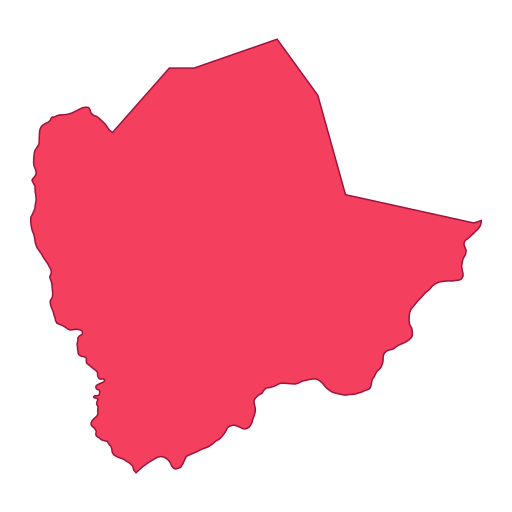 Concepcion del Norte, Santa Bárbara, Honduras
{"feature_id": "27666195B83533862193287", "entity_name": "Concepcion del Norte", "entity_type": "district", "adm_level": 2, "iso_a3": "HND", "parent_name": "Honduras", "parent_adm1": "Santa Bárbara", "projection": "mercator", "projection_center": [-88.152, 15.199], "detail": "fine", "context": "isolated", "style": "filled", "palette": "rose", "viewbox_px": 512, "rotation_deg": 0, "n_neighbors": 0, "source": "geoboundaries", "source_scale": "gbopen_adm2", "svg_char_len": 5922}
<svg xmlns="http://www.w3.org/2000/svg" viewBox="0 0 512 512"><path d="M481.3,220.5L473.8,223.0L345.5,194.7L317.8,95.3L277.1,39.2L193.9,68.1L169.3,68.1L112.6,132.4L111.9,132.0L110.9,131.3L109.0,129.7L106.6,126.1L105.1,124.0L103.1,122.0L100.1,119.2L98.2,117.6L97.0,116.7L96.5,116.4L94.8,115.8L94.0,115.4L92.7,114.6L91.7,113.8L91.2,113.3L90.9,112.6L90.7,112.2L90.5,111.3L90.3,110.5L90.0,109.7L89.7,109.2L88.7,107.7L88.4,107.5L87.9,107.4L86.7,107.2L85.3,107.2L83.8,107.5L82.5,107.8L81.4,108.2L75.5,111.2L72.0,112.9L70.6,113.4L69.3,113.8L67.3,114.3L64.7,114.7L61.9,114.9L59.7,114.9L59.2,115.0L58.0,115.4L56.7,115.8L55.1,116.7L54.2,117.1L53.6,117.2L52.7,117.0L52.2,117.1L51.7,117.5L51.2,118.1L50.9,118.7L50.6,119.6L50.4,120.1L50.0,120.6L49.3,121.3L48.0,122.3L47.4,122.6L45.3,123.6L44.1,124.3L42.8,125.1L42.3,125.6L41.6,126.3L41.0,127.1L40.6,128.0L40.3,128.7L40.0,129.6L39.7,130.5L39.6,131.4L39.4,134.5L39.1,142.2L39.0,143.3L38.8,144.2L38.6,144.7L34.9,150.7L34.7,151.2L34.5,152.0L34.2,154.0L33.9,156.5L33.7,159.4L33.6,162.3L33.7,163.9L34.0,165.7L34.2,166.4L35.2,168.8L35.7,170.3L36.2,172.4L36.2,173.3L36.0,174.3L35.5,175.3L34.4,176.9L32.8,178.7L32.3,179.5L32.0,180.4L34.1,184.6L35.1,186.2L35.0,188.7L35.2,191.8L35.7,194.7L36.1,198.2L36.0,201.3L35.2,205.1L34.9,208.3L34.1,210.5L32.3,214.5L30.8,217.3L30.7,220.4L30.9,223.2L31.3,226.4L31.9,229.2L32.5,231.2L33.4,233.4L34.1,235.5L34.6,238.1L35.0,240.8L35.5,243.6L36.4,246.2L37.5,248.4L41.3,253.7L43.8,258.0L47.8,263.8L50.6,269.1L51.4,271.6L51.2,273.1L50.8,274.4L50.0,275.9L49.7,277.3L51.6,282.4L51.9,284.7L52.7,294.1L52.4,297.1L51.4,299.0L50.2,300.9L50.3,303.5L51.3,307.3L53.1,311.6L54.2,315.7L55.3,318.9L55.5,320.5L57.0,323.3L58.4,323.8L62.6,325.6L65.0,327.0L67.8,329.0L70.2,330.0L76.9,329.2L80.5,330.0L81.9,330.9L82.5,332.3L82.2,334.3L79.2,336.1L77.9,337.8L77.9,339.6L77.7,341.2L77.0,344.5L77.4,346.1L77.6,349.5L78.1,351.8L78.1,353.3L78.8,354.5L79.4,355.1L81.1,356.1L82.6,356.5L83.5,356.6L85.8,357.4L86.3,358.2L86.3,362.2L87.1,363.6L88.6,364.7L92.8,368.2L95.2,370.0L96.6,371.2L97.6,372.8L97.5,374.9L98.1,377.1L99.4,378.8L100.9,379.2L102.8,378.9L103.5,379.0L104.1,379.3L104.6,380.6L103.7,381.9L102.8,382.4L101.5,382.8L99.2,383.9L97.2,384.9L96.1,385.9L95.8,387.7L96.6,389.0L98.1,389.6L99.3,390.2L99.7,391.5L99.6,392.8L99.6,393.6L98.7,395.3L96.8,395.7L94.6,395.8L93.6,396.8L94.1,397.7L95.0,398.0L96.7,398.4L97.1,398.6L98.0,399.0L97.6,400.4L96.9,401.9L96.6,404.2L98.0,406.5L98.1,407.8L97.8,408.8L97.6,410.9L98.1,412.5L97.4,415.3L96.3,416.6L94.3,418.3L92.5,420.2L91.1,423.0L91.1,424.7L92.1,426.2L94.6,428.4L96.3,431.2L96.1,432.8L95.8,433.5L96.2,435.8L97.9,437.1L99.2,437.9L101.5,439.8L104.6,440.8L107.0,441.2L108.1,442.6L108.8,444.0L109.4,444.9L111.0,446.3L112.0,450.1L112.1,451.8L112.8,453.4L114.3,455.3L117.6,457.0L121.1,458.3L123.7,459.3L127.2,461.7L129.3,462.8L132.7,466.1L133.4,468.5L133.6,470.0L136.0,472.8L140.6,468.6L142.9,466.6L145.1,465.0L148.1,462.8L153.1,459.7L155.9,458.1L157.2,457.4L157.9,457.1L158.7,456.9L159.8,456.7L160.8,456.6L161.9,456.7L162.7,456.8L163.7,457.1L165.3,457.9L166.1,458.4L167.3,459.3L168.2,460.0L168.8,460.6L169.8,462.0L170.5,463.1L171.3,465.2L172.1,466.6L173.2,467.9L174.0,468.5L174.7,468.7L175.1,468.9L175.6,468.9L176.0,468.9L176.8,468.7L177.8,468.4L179.7,467.7L180.3,467.5L180.8,467.1L181.5,466.0L182.2,464.9L183.3,462.9L185.3,458.4L186.3,456.5L186.5,456.3L188.1,455.5L196.4,451.9L201.9,449.2L203.4,448.6L206.0,447.7L207.7,447.0L209.1,446.2L210.9,445.1L212.9,443.6L214.9,441.8L215.9,441.1L216.9,440.4L218.9,439.4L219.5,438.9L220.6,437.9L221.7,436.7L222.6,435.7L224.7,432.9L226.3,430.2L227.1,428.4L227.5,427.8L227.9,427.3L228.6,426.9L229.7,426.3L231.5,425.6L233.0,425.2L233.8,425.2L234.6,425.3L235.3,425.4L237.5,426.2L238.8,426.7L240.2,427.3L241.8,428.2L242.3,428.4L242.9,428.6L243.5,428.8L244.6,428.9L245.6,428.8L247.0,428.4L248.1,427.9L249.1,427.1L249.8,426.3L250.8,424.8L251.5,423.6L252.1,422.2L253.0,418.7L253.5,417.3L254.3,415.3L254.6,414.1L254.9,413.2L255.3,410.8L255.3,409.0L255.2,407.6L254.4,404.4L254.0,402.1L254.0,401.4L254.0,400.9L254.2,400.4L254.4,399.8L254.8,399.1L255.5,398.1L256.2,397.3L256.9,396.6L258.2,395.5L259.8,394.4L261.6,393.5L262.3,393.0L262.6,392.5L263.0,391.4L263.4,390.8L265.9,388.3L266.2,388.1L266.5,387.9L267.2,387.8L268.2,387.8L269.3,387.6L270.8,387.3L273.6,386.4L275.5,385.7L276.4,385.2L278.3,384.2L279.1,383.8L280.0,383.5L280.9,383.3L282.1,383.2L283.4,383.2L291.4,383.8L294.2,384.0L295.2,384.0L296.5,383.7L298.0,383.2L299.4,382.6L301.5,381.5L303.0,381.0L307.2,380.0L309.5,379.5L313.0,379.0L314.5,378.9L316.0,379.0L317.1,379.3L318.2,379.8L319.3,380.5L320.8,381.7L322.4,383.2L323.7,384.6L325.3,386.7L326.9,388.3L328.3,389.4L329.5,390.4L330.5,391.0L332.1,392.0L332.8,392.3L333.8,392.7L335.4,393.1L337.9,393.7L341.1,394.3L343.8,395.0L344.9,395.1L345.9,395.1L347.3,394.9L348.8,394.5L349.5,394.6L350.5,394.4L352.9,394.4L354.5,394.1L355.6,393.9L359.0,392.9L361.8,392.0L362.6,391.7L364.3,390.8L368.0,389.5L369.0,389.0L369.5,388.7L369.8,388.4L370.1,388.0L370.5,387.1L371.0,385.5L372.0,380.5L372.2,379.8L372.7,378.8L373.1,378.1L373.8,377.3L374.1,376.8L375.3,374.3L376.8,371.6L377.3,371.0L378.7,369.8L380.4,368.0L381.0,367.2L381.7,365.6L382.4,363.7L383.0,361.1L383.1,360.0L383.1,358.4L383.4,355.3L384.5,353.0L386.7,351.0L389.4,349.9L391.7,349.5L393.8,348.7L395.6,347.2L398.7,345.1L403.2,343.2L406.3,341.7L408.7,340.1L411.5,337.4L412.3,335.5L412.4,332.0L411.7,328.0L410.7,326.5L409.5,323.9L409.1,320.2L409.2,316.1L409.7,312.3L411.0,309.2L413.6,306.0L418.0,300.7L421.4,297.2L425.5,292.6L429.6,289.3L432.4,285.9L435.3,283.8L439.5,281.9L444.4,281.2L448.7,280.9L452.5,281.0L455.6,280.5L459.0,280.1L461.0,279.3L462.0,278.2L463.1,275.7L463.0,273.5L462.2,270.0L461.6,265.9L462.3,261.9L463.2,258.3L464.6,256.2L465.6,254.1L465.9,252.6L466.1,250.3L464.9,247.1L464.1,244.9L464.1,242.5L465.4,240.4L468.4,238.1L472.2,234.7L475.4,231.5L478.1,229.0L480.0,226.2L480.9,224.1L481.3,220.5Z" fill="#f43f5e" stroke="#9f1239" stroke-width="1.5"/></svg>